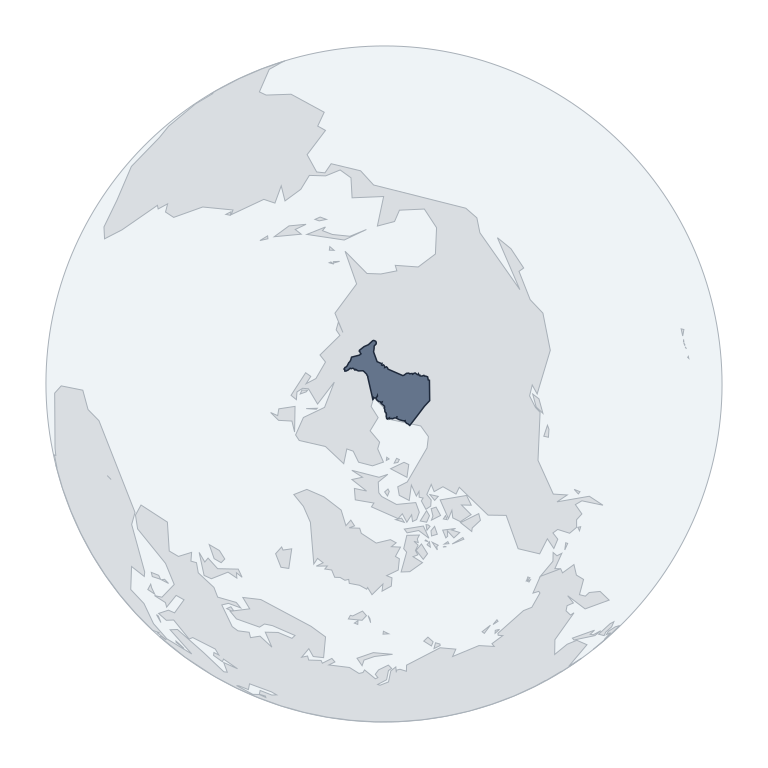 the Earth from above Ontario, rotated 170°
{"feature_id": "CAN-682", "entity_name": "Ontario", "entity_type": "Province", "adm_level": 1, "iso_a3": "CAN", "parent_name": "Canada", "parent_adm1": "", "projection": "orthographic", "projection_center": [-83.246, 49.265], "detail": "medium", "context": "on_globe", "style": "filled", "palette": "slate", "viewbox_px": 768, "rotation_deg": 170, "n_neighbors": 0, "source": "natural_earth", "source_scale": "10m", "svg_char_len": 11761}
<svg xmlns="http://www.w3.org/2000/svg" viewBox="0 0 768 768"><g transform="rotate(170 384 384)"><circle cx="384" cy="384" r="338" fill="#eef3f6" stroke="#a8b0b8"/><path d="M425.5,719.4L429.2,718.4L442.4,713.8L456.0,693.3L449.9,689.0L425.2,685.5L395.7,662.0L404.5,649.5L397.6,643.9L419.9,623.2L413.5,604.5L405.5,602.2L397.8,610.1L370.0,598.0L359.7,581.8L272.9,542.9L263.7,531.5L263.3,516.3L233.8,453.3L246.9,508.4L235.5,495.2L226.3,474.0L231.5,471.5L225.4,441.6L215.2,426.2L214.4,388.3L234.9,347.6L238.2,357.3L242.7,347.0L238.9,334.6L235.2,329.0L245.6,282.1L236.4,246.2L222.8,242.9L234.1,237.9L201.3,237.8L189.4,226.6L209.4,234.6L216.5,232.0L211.7,221.7L217.9,216.9L219.2,209.4L227.1,204.8L238.2,210.6L243.5,208.0L239.8,201.0L245.3,192.5L250.0,203.2L260.2,189.7L280.5,198.5L286.5,233.4L304.3,236.8L327.8,269.2L332.2,263.1L343.8,272.6L353.3,269.3L354.9,276.9L361.0,267.8L357.7,261.6L359.2,255.6L364.5,253.3L367.5,262.4L365.3,264.9L369.0,266.4L368.2,272.1L371.6,268.0L374.6,279.7L379.4,264.9L388.3,271.7L388.3,280.4L378.1,283.5L352.7,313.6L349.4,324.5L355.1,336.3L387.3,349.3L388.0,360.3L396.3,372.3L400.6,364.1L395.6,351.9L405.8,340.3L398.4,327.5L401.5,321.2L398.1,307.2L409.5,305.4L422.6,311.4L426.0,323.2L431.9,326.5L437.5,312.5L452.5,332.6L477.3,343.1L479.9,349.2L469.2,365.0L446.6,371.3L432.6,394.5L452.9,375.8L459.2,392.4L464.9,393.9L471.1,391.3L473.0,383.8L477.5,389.0L459.2,408.7L454.8,404.2L460.7,397.8L450.1,401.2L437.8,415.8L442.0,423.7L419.0,439.5L421.7,445.6L418.2,452.9L415.5,441.9L420.0,462.3L393.6,487.3L399.3,521.5L381.6,495.8L368.0,492.9L351.7,493.2L352.3,498.9L330.0,493.3L310.8,503.1L305.1,528.8L313.9,549.3L338.6,552.5L345.4,542.2L363.1,540.7L351.8,568.7L383.1,572.9L380.7,592.8L390.0,602.4L405.3,599.1L421.3,602.4L432.1,590.2L449.7,581.5L450.8,597.0L460.0,581.1L470.3,586.7L505.0,577.3L502.5,581.6L531.8,589.8L562.2,584.6L569.3,591.3L565.8,599.0L576.0,595.6L576.1,599.3L615.3,581.3L634.0,575.5L632.5,587.3L615.0,611.5L595.0,642.1L562.4,665.7L551.3,675.3L521.0,692.6L501.7,699.9L504.4,699.7L496.9,702.5L473.5,709.9L449.7,715.5L425.5,719.4ZM79.2,385.6L81.5,379.4L81.8,386.7L79.2,385.6ZM81.8,373.4L81.2,375.9L81.4,373.3L81.8,373.4ZM81.2,370.0L81.6,372.4L80.8,370.2L81.2,370.0ZM80.1,366.1L80.8,367.9L80.6,367.9L80.1,366.1ZM398.2,532.7L434.0,544.7L414.4,548.8L418.0,545.7L408.8,540.2L391.9,535.4L374.5,539.2L398.2,532.7ZM79.5,358.4L79.4,356.3L80.3,357.5L79.5,358.4ZM412.6,513.3L406.4,512.5L412.4,511.9L412.6,513.3ZM232.6,327.5L238.1,334.9L239.3,348.3L234.0,342.5L232.6,327.5ZM231.3,303.0L235.7,304.8L230.2,315.0L229.4,310.8L231.3,303.0ZM211.7,242.0L215.0,247.2L209.7,243.9L211.7,242.0ZM218.0,209.2L215.1,209.3L217.0,205.5L218.0,209.2ZM392.0,309.3L395.0,308.3L394.0,311.4L392.0,309.3ZM387.7,304.3L384.5,308.6L382.0,306.9L384.0,304.3L387.7,304.3ZM230.8,195.1L234.8,189.2L232.6,196.1L230.8,195.1ZM392.2,299.4L377.9,303.4L373.6,300.4L377.6,288.1L392.2,299.4ZM238.3,186.4L247.8,172.5L242.1,171.4L263.5,167.4L248.4,180.1L246.7,188.7L243.5,184.8L238.3,186.4ZM354.3,260.6L358.1,267.2L350.1,263.9L354.3,260.6ZM348.8,260.1L322.0,259.9L319.1,249.5L328.7,251.4L320.9,240.2L332.7,235.2L339.5,240.2L339.1,247.8L343.9,240.2L348.8,260.1ZM273.9,167.7L277.8,165.5L275.8,169.0L273.9,167.7ZM359.2,253.0L354.1,253.7L351.1,244.7L360.9,241.7L358.7,245.5L359.2,253.0ZM313.2,239.9L312.7,233.0L322.1,226.9L323.2,223.5L332.7,234.2L313.2,239.9ZM362.1,246.4L366.0,240.5L372.1,242.8L364.1,251.8L362.1,246.4ZM346.3,243.7L345.3,239.4L349.0,240.8L346.3,243.7ZM396.1,248.4L390.0,248.9L388.0,244.2L396.1,248.4ZM367.0,238.2L364.9,237.5L363.4,235.8L367.1,232.5L367.0,238.2ZM338.6,229.3L342.6,228.4L335.2,224.6L341.9,220.3L347.1,228.4L347.7,223.1L349.8,221.7L351.6,229.9L338.6,229.3ZM366.5,224.3L375.3,233.7L387.1,233.4L389.2,237.6L369.9,237.3L366.5,224.3ZM357.6,226.8L363.6,226.1L363.2,231.3L358.9,235.0L357.6,226.8ZM344.7,214.6L333.0,219.1L332.3,217.3L344.7,214.6ZM370.0,223.2L367.8,221.0L370.8,222.5L370.0,223.2ZM352.5,215.9L348.5,217.7L347.8,215.5L352.5,215.9ZM366.7,215.3L369.5,218.2L366.7,220.7L366.7,215.3ZM360.3,214.7L360.3,211.3L364.0,219.8L358.6,215.8L360.3,214.7ZM352.5,213.6L350.8,212.9L354.3,213.2L352.5,213.6ZM375.8,204.5L381.2,214.6L374.9,220.0L370.6,209.3L375.8,204.5ZM248.2,74.6L248.4,74.5L259.3,69.9L259.4,70.2L275.8,63.9L276.6,64.0L288.9,59.7L287.1,60.3L310.2,54.2L333.6,49.9L357.2,47.1L381.0,46.1L404.8,46.7L428.5,49.0L452.0,53.0L475.1,58.6L497.8,65.8L519.9,74.6L541.3,84.9L562.0,96.8L581.8,110.0L600.6,124.6L604.2,127.7L627.6,149.8L648.7,174.0L647.6,174.6L643.6,170.4L643.3,170.2L642.8,170.0L650.3,178.1L648.2,178.0L654.5,181.5L668.4,201.4L680.8,222.4L691.6,244.1L700.9,266.6L708.5,289.7L714.4,313.3L718.7,337.2L721.2,361.4L721.0,358.6L720.6,357.9L720.9,371.4L719.6,370.7L719.1,378.0L709.9,432.2L702.2,438.2L681.7,430.2L679.9,410.2L671.1,397.4L651.5,300.8L656.9,289.5L652.3,240.4L653.5,236.1L664.3,248.1L669.1,225.6L658.5,209.5L652.6,188.0L642.1,170.8L620.2,151.5L637.3,179.1L630.0,178.1L608.2,150.7L591.7,128.4L588.4,127.4L590.2,137.5L577.7,129.0L589.8,141.0L591.4,138.6L599.0,146.3L598.1,149.1L593.7,145.8L596.2,152.3L616.4,167.5L620.2,166.7L632.1,188.1L639.4,189.1L645.8,197.2L635.6,198.7L630.0,195.0L618.4,206.2L625.4,211.9L636.8,202.0L637.2,206.7L646.8,215.5L639.7,212.6L625.4,223.0L630.3,245.3L651.8,284.1L651.5,298.1L644.3,307.0L621.3,285.6L624.5,256.8L616.4,249.9L602.7,251.6L604.9,243.1L599.7,240.6L599.7,230.3L586.8,213.2L584.8,203.0L567.4,194.5L564.0,188.4L575.3,195.0L582.1,194.6L575.6,171.4L570.7,166.3L559.9,162.9L559.5,157.4L549.9,157.2L540.1,144.3L544.0,160.2L531.4,157.7L518.8,149.5L515.3,151.8L535.8,165.4L543.4,168.4L548.8,166.2L570.1,178.3L575.0,186.9L555.3,185.9L560.1,198.3L542.7,193.1L497.9,158.0L485.5,145.1L491.0,125.0L501.0,127.9L504.0,136.4L512.6,129.2L506.5,129.4L506.1,125.2L494.0,122.7L493.2,119.7L483.0,122.8L480.6,118.8L487.1,116.9L467.2,110.8L458.9,103.3L454.8,103.5L452.8,105.8L443.7,95.2L441.0,95.9L443.0,99.6L439.0,103.4L428.5,106.4L425.9,102.6L429.4,101.0L432.8,92.3L442.4,89.2L440.2,88.0L431.3,89.8L427.1,100.3L421.5,103.3L422.0,97.8L421.4,100.0L417.8,100.3L411.8,97.2L410.6,103.2L374.5,114.5L359.3,110.4L363.8,103.7L335.9,109.9L321.0,106.4L322.8,109.5L310.7,115.6L315.2,116.7L315.1,118.7L286.0,136.6L277.2,138.4L266.7,151.1L267.6,152.9L273.6,152.2L263.5,167.4L242.1,171.4L241.0,167.0L228.3,173.2L227.7,162.4L221.4,156.9L228.1,142.6L222.5,140.1L218.1,143.0L207.2,142.2L199.8,132.1L225.0,127.6L239.9,143.6L235.5,135.5L242.2,133.9L244.1,129.0L240.5,124.1L236.6,125.7L260.1,102.5L262.9,88.0L248.8,95.9L238.6,98.1L229.4,92.0L251.1,73.9L237.8,79.4L237.0,79.7L248.2,74.6ZM669.3,337.3L672.5,341.9L669.3,337.3ZM581.6,112.6L567.0,101.1L561.0,100.0L554.8,95.8L555.0,97.3L560.6,100.1L559.2,103.7L548.4,97.1L543.7,96.5L548.4,100.4L568.5,112.1L570.6,106.6L579.4,112.0L581.6,112.6ZM506.0,576.8L510.3,578.5L504.8,580.2L506.0,576.8ZM412.1,556.1L419.5,555.9L423.4,558.1L417.9,559.5L412.1,556.1ZM473.1,547.2L481.3,546.8L472.9,550.1L473.1,547.2ZM439.5,545.9L466.5,548.1L450.1,556.2L433.0,554.8L444.6,551.6L439.5,545.9ZM409.9,524.3L414.6,525.3L413.5,528.7L409.9,524.3ZM416.9,512.9L415.1,513.4L412.6,510.8L416.9,512.9ZM460.3,391.2L461.9,389.8L468.3,388.7L465.8,392.3L460.3,391.2ZM494.1,366.5L500.6,375.6L494.2,371.3L491.9,377.8L475.5,377.4L480.4,352.2L481.1,363.5L494.1,366.5ZM455.0,370.9L464.9,373.3L453.9,371.7L455.0,370.9ZM571.2,239.3L575.4,236.3L581.6,241.5L584.0,256.2L575.0,248.6L571.2,239.3ZM579.9,231.0L559.7,227.0L557.3,218.3L562.1,223.7L562.6,218.4L570.3,225.8L587.8,222.2L594.4,226.7L595.3,250.3L591.4,239.8L587.5,243.1L579.9,231.0ZM512.3,238.0L503.5,237.7L509.8,218.9L517.3,221.4L520.2,235.7L513.1,241.3L512.3,238.0ZM402.1,277.6L398.3,279.9L397.5,277.2L400.0,273.1L402.1,277.6ZM393.5,249.0L417.7,265.2L414.6,268.5L432.4,274.9L431.3,286.3L419.7,281.6L432.2,295.5L421.3,295.9L430.7,304.6L405.1,293.0L395.9,294.4L406.7,288.4L408.0,277.8L405.8,273.6L392.6,263.2L373.3,261.7L371.5,251.6L375.4,244.8L379.8,243.6L379.5,250.4L385.5,243.9L388.5,253.0L393.5,249.0ZM421.9,180.3L419.8,187.2L432.4,178.6L435.5,186.4L436.7,184.9L443.0,190.0L452.8,193.7L452.7,197.7L456.6,197.5L460.8,201.1L466.1,202.2L467.8,209.9L474.4,212.1L471.4,214.6L482.3,216.4L475.0,218.5L479.7,223.8L484.4,218.9L480.5,260.6L484.6,277.5L492.0,290.8L478.3,293.6L462.7,283.3L448.1,267.3L446.1,251.1L440.3,255.7L437.6,249.4L443.3,248.4L433.0,246.2L432.3,240.9L419.3,228.7L404.7,229.6L399.6,225.5L405.0,222.5L396.1,220.5L402.7,212.2L399.2,209.2L402.3,198.3L414.7,194.8L409.8,191.7L411.9,183.7L421.9,180.3ZM377.1,201.4L391.2,194.7L399.8,195.9L390.9,214.5L393.2,218.4L387.8,231.0L375.4,229.1L378.1,225.6L377.8,221.9L381.8,223.9L378.4,219.4L382.0,214.6L380.3,209.9L385.4,208.9L377.1,201.4ZM648.5,227.4L648.2,223.6L646.3,216.9L652.3,222.6L648.5,227.4ZM639.1,234.7L638.0,230.5L645.6,234.6L645.9,238.9L639.1,234.7ZM630.8,225.0L637.3,229.9L634.0,229.8L630.8,225.0ZM573.5,191.2L571.5,187.0L573.8,187.1L577.9,190.1L573.5,191.2ZM459.9,158.8L457.3,162.0L455.1,161.0L444.6,164.1L441.5,158.9L446.6,155.1L459.9,158.8ZM626.8,158.3L633.6,165.7L633.5,167.0L631.2,164.2L626.8,158.3ZM646.5,194.7L645.1,187.8L648.1,196.4L646.5,194.7ZM454.7,153.7L450.7,155.4L451.6,151.8L454.7,153.7ZM438.6,155.4L438.6,151.2L439.9,158.7L438.6,155.4ZM422.5,116.3L440.6,117.3L451.6,115.6L454.5,110.4L458.2,118.6L441.2,121.3L422.5,116.3ZM380.7,114.8L378.2,120.2L374.1,118.2L374.1,116.7L380.7,114.8ZM382.8,117.8L389.5,123.9L384.7,127.1L380.4,121.6L382.8,117.8ZM422.8,137.2L428.4,137.8L427.5,140.6L422.8,137.2ZM224.1,86.3L222.7,87.1L211.2,93.7L211.3,94.3L204.0,99.7L208.5,98.6L205.9,101.5L198.4,104.7L193.8,105.2L211.5,93.4L215.2,91.2L224.1,86.3ZM210.9,98.0L216.1,100.3L202.9,108.7L198.9,110.0L202.0,105.3L208.8,101.1L210.9,98.0ZM213.4,103.4L220.0,99.6L241.4,98.9L242.6,101.0L219.4,105.0L224.4,101.7L221.5,100.7L213.4,103.4ZM275.6,163.8L277.6,165.3L273.8,165.8L275.6,163.8ZM317.9,119.2L317.2,122.1L312.8,122.3L317.9,119.2ZM312.9,130.5L318.4,128.2L313.7,132.2L312.9,130.5ZM330.4,123.0L321.1,128.0L328.5,121.0L330.4,123.0Z" fill="#d9dde1" stroke="#a8b0b8" stroke-width="1"/><path d="M360.0,390.6L357.7,390.4L357.0,389.6L354.5,389.5L354.1,388.6L352.5,389.4L351.3,389.4L349.5,387.4L348.7,387.4L348.3,388.0L348.0,386.7L347.2,386.5L347.4,386.0L346.3,385.4L345.2,385.2L343.2,385.6L342.8,384.8L341.5,384.5L339.8,383.5L339.7,380.3L338.6,379.8L341.9,359.7L348.0,355.1L356.8,346.9L365.8,338.7L367.5,340.7L368.6,341.3L369.7,343.5L369.6,343.9L370.0,343.7L370.5,344.0L370.4,344.3L371.7,344.5L375.2,346.2L377.7,348.1L376.8,349.5L376.7,350.1L377.4,348.7L377.9,348.4L379.4,348.8L381.7,348.3L382.8,348.9L382.9,349.1L382.8,349.3L382.9,349.1L382.9,348.9L382.4,348.6L384.2,349.1L384.9,348.8L385.2,349.2L385.0,349.6L386.0,349.2L387.1,349.8L387.0,349.2L387.4,349.5L387.3,350.6L387.5,351.2L386.8,353.9L387.0,355.4L387.5,355.7L387.9,357.2L387.6,358.4L388.0,360.3L387.5,360.7L387.4,362.2L388.3,362.9L388.7,363.8L390.0,365.1L390.4,366.0L389.1,366.3L388.9,366.7L390.3,366.4L390.8,367.2L392.2,367.7L393.7,369.4L394.4,371.5L392.3,373.4L392.5,373.3L392.5,373.6L392.9,372.9L394.5,371.6L396.0,372.0L397.8,373.8L398.8,393.5L398.6,394.3L399.2,395.4L399.3,396.5L401.4,399.6L402.4,400.7L406.8,401.3L408.1,402.0L408.7,402.9L409.7,403.4L410.0,403.3L409.9,402.8L410.3,402.8L411.3,404.6L412.5,405.0L413.7,404.7L414.6,405.4L416.8,404.0L419.3,403.3L420.4,403.6L420.2,405.2L420.8,405.7L419.5,407.1L418.7,407.2L417.2,408.2L415.0,411.1L413.9,411.8L412.7,413.2L411.3,416.1L403.2,416.7L401.4,417.7L402.0,418.8L402.2,420.3L402.7,420.7L402.3,421.5L397.1,424.3L392.6,425.4L387.6,428.6L386.5,428.7L384.8,427.6L384.4,426.5L384.7,424.9L387.1,423.1L387.6,420.6L388.7,417.5L386.9,407.2L383.0,404.6L382.4,404.6L383.1,403.2L382.5,402.6L381.1,402.9L380.5,401.9L380.3,400.7L380.5,400.1L378.6,400.5L377.8,399.5L377.4,397.9L364.0,389.0L362.8,389.2L360.0,390.6ZM397.8,373.6L396.9,372.3L397.1,371.1L397.7,370.7L397.8,373.6Z" fill="#64748b" stroke="#1e293b" stroke-width="1.5"/></g></svg>